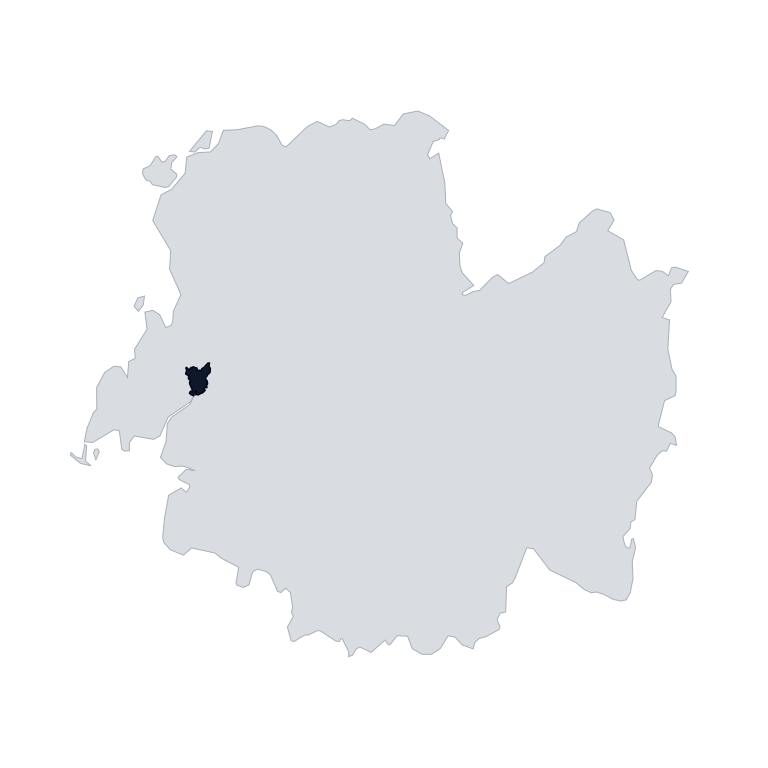 Hamburg highlighted on a map of Germany, rotated 279°
{"feature_id": "DEU-1578", "entity_name": "Hamburg", "entity_type": "State", "adm_level": 1, "iso_a3": "DEU", "parent_name": "Germany", "parent_adm1": "", "projection": "natural_earth1", "projection_center": [10.019, 53.566], "detail": "fine", "context": "in_parent", "style": "filled", "palette": "ink", "viewbox_px": 768, "rotation_deg": 279, "n_neighbors": 0, "source": "natural_earth", "source_scale": "10m", "svg_char_len": 5762}
<svg xmlns="http://www.w3.org/2000/svg" viewBox="0 0 768 768"><g transform="rotate(279 384 384)"><path d="M328.7,663.4L307.9,652.0L289.4,653.1L286.3,649.4L280.0,649.7L270.5,643.8L262.1,647.3L260.1,650.7L260.7,652.6L269.2,652.9L270.3,654.6L261.7,658.1L247.5,657.0L230.9,660.3L216.8,659.9L208.7,657.0L206.6,651.8L207.2,644.0L210.7,633.7L211.7,626.1L210.3,621.3L212.3,614.1L217.9,604.5L226.2,576.8L244.8,557.4L244.5,550.6L212.7,543.8L207.6,541.9L203.1,536.8L177.9,539.8L175.8,534.6L169.2,532.5L162.1,536.6L159.6,536.1L150.1,523.8L147.7,518.0L143.2,514.3L136.3,513.5L138.5,502.1L145.1,493.8L145.4,486.7L131.5,481.0L124.5,473.2L122.9,463.9L127.1,453.2L138.6,446.8L137.4,436.3L127.7,430.9L127.1,429.1L131.3,425.1L116.9,413.3L120.4,401.4L118.0,398.0L111.3,395.3L109.1,391.8L114.0,391.0L125.7,382.8L126.1,381.4L122.8,380.3L122.5,376.9L130.2,359.6L129.9,356.6L124.0,348.1L123.9,345.2L115.7,335.6L115.8,332.5L128.9,326.6L140.1,330.8L144.3,328.3L149.8,328.6L163.3,324.2L167.0,318.9L161.9,314.7L162.5,311.3L177.7,301.7L180.3,297.1L181.4,288.4L179.4,285.4L177.4,283.5L164.4,282.0L161.1,276.9L162.3,270.2L164.6,269.0L180.3,269.1L186.8,249.7L190.6,243.7L192.0,219.7L183.6,212.6L186.9,198.8L192.9,191.4L197.6,189.4L217.9,188.2L240.4,188.7L249.6,199.9L246.1,205.6L251.5,208.3L254.2,207.3L257.6,196.8L259.5,195.1L268.8,202.1L268.9,211.2L271.6,198.8L269.7,190.2L271.1,181.8L276.5,174.7L292.9,177.7L311.1,176.2L318.0,179.4L333.5,195.5L345.2,199.0L336.2,195.6L317.4,175.9L297.7,170.8L293.3,165.2L293.6,145.5L286.2,141.6L278.3,143.0L277.2,138.5L278.5,135.2L296.4,129.9L296.7,124.6L280.7,105.5L280.1,97.1L293.7,97.6L310.3,101.5L314.3,104.3L335.5,100.7L351.7,106.3L359.3,114.4L359.7,121.4L350.3,129.6L366.4,128.4L370.5,134.4L379.2,132.1L401.0,141.4L417.6,136.6L420.6,144.1L417.4,151.6L405.7,159.6L408.3,164.5L412.1,165.6L423.1,164.6L440.5,169.5L463.8,154.3L482.3,152.5L509.3,130.0L536.0,134.2L543.2,143.9L561.0,154.6L577.3,153.7L583.3,163.8L586.1,176.4L595.6,182.9L609.5,185.7L612.1,198.9L619.4,219.6L619.3,226.0L617.0,233.1L612.6,239.1L603.6,246.3L603.1,250.4L626.4,268.1L632.9,277.1L629.3,289.9L633.1,296.2L637.0,298.3L638.5,301.6L638.7,309.0L641.6,311.2L637.3,324.7L633.0,330.3L634.4,335.0L640.7,343.3L640.9,353.9L653.7,360.7L658.9,374.7L656.0,386.8L644.6,408.1L635.4,405.2L635.9,400.7L634.2,400.4L631.1,394.6L617.4,391.2L613.6,394.0L620.6,401.9L592.5,412.5L572.0,416.8L564.9,424.8L561.2,423.2L553.0,426.7L549.6,431.8L539.7,433.3L535.4,439.8L524.7,437.9L511.7,440.8L505.9,444.2L495.4,457.2L486.7,447.2L484.6,447.2L484.1,450.4L489.3,457.6L491.3,463.6L506.5,474.6L509.9,479.2L502.7,491.3L517.5,512.8L528.7,523.1L534.9,523.0L548.7,536.3L557.8,541.0L564.7,550.3L573.7,551.7L587.4,562.9L590.2,566.7L588.6,580.6L582.0,585.6L570.4,581.1L563.8,598.2L534.9,610.5L526.6,618.0L526.6,620.4L538.6,634.9L538.8,641.3L535.4,648.0L543.7,649.8L545.0,653.2L542.8,667.0L530.1,662.0L527.7,654.4L522.5,652.1L510.1,654.6L493.2,648.3L491.9,656.0L463.1,658.8L443.3,666.3L437.5,671.2L421.9,673.7L418.1,673.3L411.5,663.7L384.9,661.3L380.6,675.8L377.1,679.9L369.2,682.6L370.2,676.0L362.0,673.6L361.6,669.3L356.2,664.9L342.5,659.4L336.5,663.3L328.7,663.4ZM576.1,136.3L577.6,141.4L576.1,144.0L569.4,139.7L562.8,139.8L558.9,146.4L556.0,146.7L545.6,140.7L543.9,137.7L544.6,124.2L547.7,121.2L548.2,117.0L553.8,112.6L558.8,112.5L562.9,118.8L572.8,123.0L573.6,124.8L568.4,130.2L569.7,133.1L576.1,136.3ZM606.3,169.0L606.6,175.0L589.6,174.4L588.1,169.9L589.1,165.5L583.5,160.8L583.4,155.6L606.3,169.0ZM261.1,101.3L257.4,107.4L258.1,96.7L264.6,85.4L267.3,85.7L263.7,90.9L263.1,97.4L277.7,98.0L276.0,100.0L261.1,101.3ZM433.4,133.7L424.4,133.8L417.4,130.0L421.7,125.0L430.5,127.4L433.4,133.7ZM275.1,111.5L272.8,113.3L264.1,111.3L270.6,107.9L274.3,108.7L275.1,111.5Z" fill="#d9dde1" stroke="#a8b0b8" stroke-width="1"/><path d="M344.0,199.5L347.3,200.1L348.0,199.8L347.3,198.9L345.1,197.9L342.6,197.6L343.1,196.2L343.2,195.7L343.3,195.2L343.4,194.8L343.6,194.7L343.8,194.5L344.0,194.3L344.1,194.1L344.2,193.6L344.3,193.4L344.5,193.3L344.8,193.3L345.5,193.5L345.9,193.7L346.1,193.8L346.6,194.1L346.8,194.4L346.6,195.1L346.5,195.4L346.5,195.6L346.6,195.8L346.8,196.0L347.1,196.1L347.8,195.8L353.7,192.1L355.2,191.7L356.8,192.0L357.0,192.0L357.4,191.9L357.6,191.7L358.2,190.5L358.5,190.2L358.8,190.0L359.5,189.8L359.9,189.8L360.3,189.8L361.1,189.9L361.5,189.7L361.8,189.4L362.6,187.0L362.8,186.7L363.1,186.6L363.3,186.5L363.5,186.5L366.4,187.0L366.7,186.9L367.0,186.8L368.1,186.1L368.4,185.9L368.7,185.9L369.0,185.9L369.3,186.0L369.5,186.3L369.4,186.6L369.3,186.8L368.6,187.6L368.0,188.5L367.8,188.9L367.7,189.2L367.8,189.3L368.0,189.6L370.1,190.8L370.2,191.2L370.2,191.7L370.3,192.2L370.6,192.4L370.9,192.5L371.1,192.7L371.1,193.0L371.0,193.6L371.0,193.8L370.8,194.2L370.7,194.5L370.6,195.4L370.5,196.5L370.4,196.8L370.1,196.9L369.6,197.1L368.5,197.3L368.3,197.4L368.2,197.6L368.2,197.8L368.3,198.1L368.7,199.4L368.7,200.0L368.7,200.6L368.8,201.0L369.0,201.2L369.6,201.5L370.6,201.7L371.1,202.2L372.6,204.0L373.9,204.6L374.4,204.9L376.5,206.6L376.8,206.5L377.1,206.9L377.4,208.3L374.9,208.3L374.3,208.4L373.7,208.7L372.4,210.0L369.0,210.4L368.0,210.2L367.1,209.7L366.4,209.0L365.7,208.4L364.5,208.2L363.8,207.7L362.9,206.9L362.5,206.9L360.3,207.5L359.9,207.6L359.7,207.8L359.7,208.0L359.8,208.2L359.8,208.4L359.8,208.5L359.6,208.7L358.6,209.1L357.1,209.6L356.5,209.7L356.1,209.6L355.0,209.1L354.7,209.0L354.3,209.1L353.2,209.6L352.8,209.6L352.6,209.4L352.6,209.1L352.5,208.4L352.4,207.6L352.1,207.2L351.8,207.0L351.5,207.0L351.0,207.2L350.7,207.3L350.0,208.2L349.8,208.3L349.5,208.2L347.6,206.8L347.1,206.4L346.8,206.0L346.4,205.5L346.2,205.0L345.9,204.3L345.8,204.1L345.6,203.9L345.3,203.7L345.1,203.6L345.0,203.4L344.9,203.1L344.3,202.5L344.1,199.8L344.0,199.5Z" fill="#0f172a" stroke="#020617" stroke-width="1.5"/></g></svg>